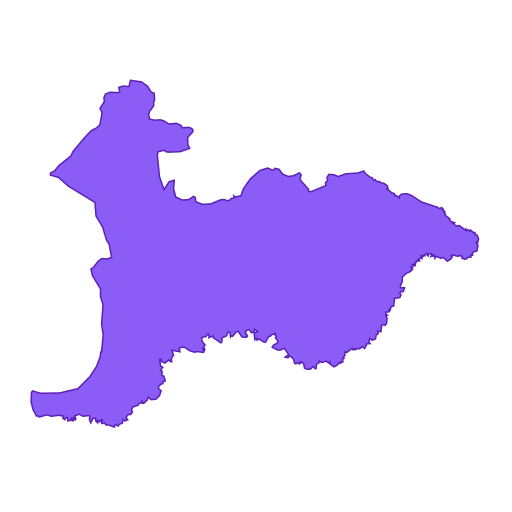 Kasulu, Kigoma, United Republic of Tanzania (orthographic projection), rotated 91°
{"feature_id": "72390352B21750015500578", "entity_name": "Kasulu", "entity_type": "district", "adm_level": 2, "iso_a3": "TZA", "parent_name": "United Republic of Tanzania", "parent_adm1": "Kigoma", "projection": "orthographic", "projection_center": [30.484, -4.434], "detail": "fine", "context": "isolated", "style": "filled", "palette": "violet", "viewbox_px": 512, "rotation_deg": 91, "n_neighbors": 0, "source": "geoboundaries", "source_scale": "gbopen_adm2", "svg_char_len": 6063}
<svg xmlns="http://www.w3.org/2000/svg" viewBox="0 0 512 512"><g transform="rotate(91 256 256)"><path d="M82.5,384.6L88.8,386.0L88.4,391.8L89.8,396.2L94.4,395.1L95.1,397.0L94.8,404.5L96.6,409.2L100.2,410.8L104.1,410.3L111.2,414.5L114.6,412.7L117.0,412.6L127.5,414.4L130.8,417.8L133.5,422.9L140.9,429.7L154.6,440.7L159.2,442.8L168.6,454.2L174.7,459.2L176.6,462.9L178.7,463.0L180.9,454.7L189.2,445.2L205.2,418.0L219.0,416.6L229.8,409.8L243.0,405.7L246.3,403.2L259.9,400.3L261.5,404.6L261.3,410.3L264.0,413.7L270.6,418.6L271.8,420.8L278.5,419.2L291.7,410.9L299.2,410.8L307.4,408.1L327.0,409.2L337.4,407.4L354.4,408.7L354.6,409.5L359.4,410.0L369.4,413.6L379.7,420.1L391.7,431.7L396.4,450.0L397.0,469.2L394.8,477.0L396.3,478.1L405.8,478.3L413.4,476.3L419.9,472.7L419.6,471.0L420.8,470.0L418.5,462.2L419.8,457.8L418.7,450.5L419.5,445.5L421.5,446.3L423.0,444.4L421.3,443.5L420.8,441.9L424.2,441.2L423.3,437.7L424.4,435.5L423.9,436.2L423.1,435.3L421.5,437.7L420.7,435.4L422.9,433.9L421.9,433.2L419.0,434.5L417.3,429.8L419.2,426.4L418.5,419.9L419.5,419.1L422.1,419.8L425.7,418.3L421.6,416.4L420.8,414.6L421.0,413.7L423.8,413.3L425.5,411.5L423.2,411.5L424.5,409.7L422.2,407.5L423.0,406.5L424.3,407.8L426.2,407.4L425.7,404.7L427.7,402.7L427.3,400.8L429.5,395.2L429.3,394.3L427.8,394.6L427.0,393.5L428.4,390.8L426.5,389.6L425.5,386.7L422.0,386.1L423.2,384.0L422.0,381.4L419.6,383.3L416.6,380.7L416.7,378.5L414.2,376.8L411.7,377.8L409.3,376.7L407.2,371.3L405.0,370.0L405.0,367.6L403.4,367.3L405.3,366.6L405.3,365.7L401.9,362.2L399.1,361.2L401.5,358.3L400.9,353.5L397.2,350.0L392.4,348.5L390.2,351.2L388.3,351.1L385.8,348.9L385.3,346.9L383.7,347.0L382.4,344.5L377.8,346.0L377.1,347.9L372.8,347.9L372.0,349.6L368.9,347.3L367.8,349.4L361.1,350.5L360.8,349.3L363.4,348.3L364.6,345.1L361.3,341.3L362.8,340.3L363.2,338.4L360.1,338.9L356.5,336.7L351.7,338.5L353.1,330.4L349.7,331.0L348.8,329.7L348.4,325.9L351.9,320.6L353.3,315.7L352.6,312.9L353.3,306.8L350.4,305.5L349.5,306.0L351.4,306.7L349.6,307.6L345.8,305.4L342.4,308.3L338.4,309.0L337.5,304.7L334.7,302.6L337.0,301.3L338.5,301.7L336.7,297.7L338.4,297.3L343.5,289.6L342.6,288.7L338.3,288.5L336.4,284.1L332.4,282.6L332.8,280.8L337.4,280.1L336.4,279.2L336.6,277.8L332.5,274.8L331.6,272.5L337.2,268.7L337.5,264.1L336.2,263.1L332.7,265.2L330.9,264.6L329.6,261.8L332.8,259.2L331.9,257.1L329.2,256.2L331.5,253.1L332.8,256.6L339.7,255.7L338.3,254.5L338.5,253.4L340.0,253.5L339.0,251.4L342.1,246.3L341.8,244.8L336.2,241.9L335.9,240.1L334.2,238.7L333.9,236.3L332.5,235.3L334.5,235.7L335.8,234.2L337.4,235.2L340.9,232.5L342.7,233.2L344.7,236.9L347.0,238.2L349.6,232.8L349.7,230.1L347.7,226.1L354.1,221.6L356.6,225.1L357.2,222.2L355.3,220.8L356.5,218.6L358.8,216.5L362.4,215.7L363.2,214.3L362.0,212.7L363.2,210.8L361.4,210.2L361.1,209.3L362.1,209.1L361.5,207.9L363.3,206.3L367.2,205.6L368.3,203.4L368.2,199.6L365.3,196.9L367.5,195.2L367.6,194.0L363.0,193.5L361.6,191.1L360.0,191.0L361.3,188.6L359.9,183.8L361.7,181.6L360.6,180.1L362.6,180.2L365.5,176.2L363.8,173.0L361.3,171.1L361.9,170.4L361.3,169.0L360.3,169.3L360.3,167.2L357.9,167.7L356.6,166.1L355.7,167.1L354.0,165.4L350.2,165.3L350.9,163.6L346.6,158.1L348.0,157.6L348.0,155.8L347.0,155.8L347.6,153.9L346.6,153.4L347.0,150.8L344.8,148.3L346.6,145.8L341.7,143.4L341.6,140.4L339.7,141.7L336.3,140.7L338.2,138.4L336.8,135.1L333.1,134.5L331.6,132.5L329.0,133.2L329.6,129.8L323.2,129.2L322.4,127.7L323.1,125.7L321.1,124.3L316.0,123.9L313.6,125.1L312.9,123.6L312.1,125.1L310.0,125.1L309.3,121.7L307.2,122.0L307.7,120.8L304.4,120.1L303.5,117.4L296.0,116.7L295.0,111.4L292.2,110.3L290.7,111.8L289.0,110.3L289.2,108.4L287.3,107.5L285.1,106.9L285.3,110.6L284.2,111.4L278.8,109.2L274.6,109.4L271.0,105.7L268.5,100.9L267.3,100.0L265.9,100.4L266.1,99.6L264.4,100.9L264.5,99.2L262.9,99.0L262.9,98.1L261.9,99.4L261.5,98.3L262.3,97.6L261.3,97.4L262.1,96.6L258.2,95.7L258.5,94.1L257.2,94.1L257.8,92.4L256.2,93.1L255.1,91.3L255.6,90.2L253.3,90.9L254.2,89.6L253.7,89.0L252.8,89.8L252.2,88.8L252.9,87.1L250.8,86.6L250.5,85.7L250.8,84.4L252.4,84.8L252.8,83.8L251.5,84.0L250.5,80.9L251.8,80.3L253.3,81.0L251.7,78.5L252.3,78.0L253.2,78.8L253.6,77.0L255.0,77.0L253.3,75.7L255.1,70.9L254.2,68.8L257.9,64.5L255.6,61.1L253.4,59.7L252.3,60.9L251.6,59.4L252.8,54.0L251.8,51.6L253.7,49.7L254.6,50.0L255.6,47.3L255.0,45.0L253.7,44.6L253.3,41.0L251.5,41.5L251.5,39.5L249.9,39.8L247.9,38.3L247.1,35.2L241.8,34.3L239.4,35.1L238.9,36.2L238.0,35.5L238.6,34.6L235.2,33.7L231.3,35.3L230.7,37.3L228.7,37.5L229.1,38.4L226.2,42.2L227.5,42.5L226.0,45.0L227.0,45.9L225.7,46.5L226.6,46.7L221.9,53.5L222.7,55.4L221.7,57.7L220.2,58.9L219.6,58.3L219.5,59.4L219.0,58.7L218.2,61.8L216.3,63.4L215.6,62.7L211.9,67.7L210.3,67.4L209.4,68.7L208.2,68.0L207.0,69.9L205.8,69.6L205.8,71.1L204.4,71.0L205.4,73.8L204.1,75.4L199.1,91.5L192.9,101.3L191.0,106.2L191.6,111.5L193.4,113.6L195.3,113.9L193.6,115.9L193.1,118.6L192.1,118.2L190.9,119.1L190.5,121.3L187.1,125.4L186.4,125.2L186.7,126.2L183.8,125.6L181.1,129.3L180.9,131.8L179.3,134.1L179.7,136.1L177.5,138.3L178.4,139.5L175.5,141.5L175.4,143.0L171.8,147.9L169.1,149.7L171.3,155.8L172.2,167.5L175.1,175.2L173.4,179.6L173.1,184.6L176.4,186.4L179.2,185.7L181.5,187.8L184.3,187.3L190.8,202.1L190.3,204.3L187.9,205.0L180.1,212.3L177.8,213.4L174.3,212.2L172.1,213.9L175.2,220.2L175.9,225.3L173.7,230.7L168.8,234.6L168.0,238.7L169.6,239.5L169.8,241.2L167.8,245.9L170.5,253.7L179.0,263.0L189.1,269.8L196.1,272.2L197.3,278.0L196.3,279.2L198.2,278.8L198.8,281.5L200.9,283.7L201.1,286.4L200.0,288.8L200.6,292.9L204.7,302.1L205.3,310.5L202.7,317.2L198.5,317.8L197.5,319.6L200.9,324.4L201.3,331.0L198.2,337.4L190.0,339.6L181.7,339.0L183.2,344.1L191.3,349.2L178.3,353.9L156.9,356.4L153.5,355.8L151.8,349.3L153.2,348.2L153.7,345.7L153.0,333.6L149.6,324.2L145.5,326.1L138.5,326.4L133.3,321.6L131.3,321.2L129.7,322.3L128.5,325.4L129.1,331.8L126.7,333.3L124.7,337.8L125.6,345.4L122.3,350.9L121.5,354.1L122.0,359.7L121.0,364.7L116.6,365.8L113.4,365.0L107.6,360.9L104.3,361.1L101.9,360.1L95.1,360.6L93.8,363.8L88.3,367.3L83.9,373.6L82.5,384.6Z" fill="#8b5cf6" stroke="#5b21b6" stroke-width="1.5"/></g></svg>